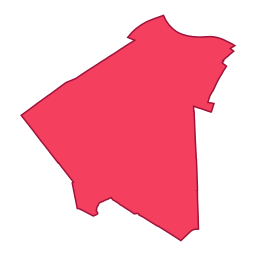 Zoeterwoude, Zuid-Holland, Netherlands
{"feature_id": "6326949B96348311169789", "entity_name": "Zoeterwoude", "entity_type": "district", "adm_level": 2, "iso_a3": "NLD", "parent_name": "Netherlands", "parent_adm1": "Zuid-Holland", "projection": "equal_earth", "projection_center": [4.519, 52.114], "detail": "fine", "context": "isolated", "style": "filled", "palette": "rose", "viewbox_px": 256, "rotation_deg": 0, "n_neighbors": 0, "source": "geoboundaries", "source_scale": "gbopen_adm2", "svg_char_len": 5433}
<svg xmlns="http://www.w3.org/2000/svg" viewBox="0 0 256 256"><path d="M234.8,45.7L234.3,45.4L233.5,44.8L231.3,43.5L230.9,43.3L228.8,42.3L228.1,41.9L226.9,41.4L225.0,40.4L224.2,40.0L222.1,39.1L221.6,38.9L220.6,38.6L219.5,38.2L218.3,37.8L216.7,37.4L216.2,37.3L214.4,37.0L213.5,36.8L212.7,36.8L212.0,36.7L211.0,36.6L210.6,36.6L210.3,36.6L209.5,36.6L208.1,36.7L205.9,36.8L203.6,36.9L202.2,37.0L200.8,37.1L200.5,37.1L197.1,37.0L196.4,36.9L192.9,36.7L190.4,36.3L188.9,36.1L188.4,36.0L187.4,35.8L186.6,35.6L185.9,35.4L183.9,34.8L182.5,34.4L180.7,33.7L179.7,33.3L178.5,32.7L177.8,32.4L176.9,31.8L176.3,31.5L176.1,31.4L175.2,30.7L173.6,29.5L173.1,29.0L171.6,27.6L170.8,26.8L170.1,26.1L168.8,24.6L167.8,23.2L166.8,21.8L166.1,20.7L165.4,19.5L164.8,18.2L164.1,16.8L164.1,16.7L163.6,15.7L163.5,15.4L163.0,15.5L162.9,15.6L155.5,18.2L153.4,19.0L152.3,19.4L151.1,19.9L150.1,20.3L149.2,20.6L147.6,21.4L146.4,21.9L145.8,22.2L144.6,22.9L143.9,23.3L143.0,23.8L142.0,24.5L141.9,24.5L140.8,25.2L139.6,26.0L138.5,26.9L137.9,27.3L136.4,28.4L134.6,29.9L133.8,30.7L132.1,32.3L131.7,32.7L131.1,33.4L130.3,34.3L129.2,35.7L128.5,36.5L127.7,37.4L130.9,38.7L131.0,38.7L134.4,40.1L134.2,40.2L134.5,40.4L131.8,42.1L130.7,42.8L129.3,43.7L128.6,44.0L127.9,44.5L127.6,44.7L127.4,44.9L126.6,45.4L125.6,46.0L124.0,47.1L123.1,47.7L120.8,49.1L120.0,49.6L119.8,49.8L119.1,50.3L118.4,50.7L117.2,51.6L115.7,52.5L114.1,53.6L113.1,54.2L110.7,55.7L109.3,56.6L108.4,57.1L107.9,57.5L106.4,58.5L106.2,58.6L105.8,59.0L105.7,59.1L105.2,59.3L103.3,60.5L101.3,61.7L99.2,63.1L98.1,63.8L97.3,64.4L96.0,65.2L94.1,66.5L92.9,67.2L91.8,67.9L91.2,68.3L89.9,69.1L88.3,70.1L86.8,71.1L82.4,74.0L80.5,75.3L76.2,78.3L72.2,80.0L69.0,81.3L67.2,82.0L65.8,82.7L63.3,84.5L56.7,89.4L53.6,91.7L49.2,94.9L48.5,95.3L42.2,99.9L39.1,102.1L37.4,103.3L26.9,111.2L21.2,115.3L23.2,117.9L25.2,120.4L30.8,127.6L33.5,131.0L34.3,132.1L36.8,135.4L39.7,139.2L40.7,140.6L44.2,144.9L47.2,148.8L48.1,149.8L48.6,150.5L49.5,151.8L53.3,156.7L55.8,159.9L56.6,160.9L58.3,163.1L58.5,162.9L59.0,163.5L59.7,164.3L61.3,166.5L62.6,168.2L63.4,169.1L65.8,172.3L66.0,172.5L66.3,172.9L66.5,173.0L66.6,173.3L67.2,174.1L68.0,175.0L68.5,175.8L69.9,177.5L71.2,179.2L71.9,180.1L73.5,182.2L72.2,182.8L72.2,183.0L77.3,208.6L77.7,208.6L78.4,208.6L78.8,208.6L79.0,208.7L79.8,209.0L80.1,209.2L83.0,210.6L85.9,212.1L86.3,212.3L86.8,212.6L93.3,216.0L97.0,214.4L97.2,214.2L97.3,214.1L97.5,213.9L97.6,213.4L97.7,213.2L97.7,212.9L97.6,212.7L97.1,212.0L96.9,211.6L96.5,211.1L96.4,210.9L96.3,210.7L96.5,210.0L96.6,209.6L96.7,209.4L96.7,209.2L96.7,208.5L96.7,208.3L96.8,207.8L96.8,207.6L96.9,207.4L97.1,207.0L97.3,206.6L97.4,206.3L98.1,205.5L98.3,205.2L98.4,204.8L98.5,204.6L98.7,204.0L98.8,203.5L99.0,203.2L100.6,202.2L101.2,202.0L101.6,201.8L101.9,201.8L102.7,201.5L103.0,201.3L104.9,200.3L105.2,200.2L105.7,200.0L106.5,199.6L107.1,199.5L107.8,199.2L108.2,199.0L108.7,198.8L111.1,197.6L111.5,198.2L112.3,199.1L112.6,199.4L113.0,199.9L113.4,200.2L113.8,200.4L115.1,201.1L115.8,201.6L117.8,202.8L118.6,203.3L118.8,203.4L118.9,203.5L119.1,203.8L119.5,204.1L119.9,204.5L120.5,204.9L120.6,205.0L121.0,205.2L121.6,205.5L121.8,205.6L122.4,206.0L123.9,207.0L126.3,208.6L129.9,210.8L132.1,212.4L134.3,213.9L136.3,213.5L136.6,213.6L137.0,213.4L137.3,213.4L138.5,213.9L139.0,214.2L138.9,214.8L141.4,216.3L141.5,216.3L141.6,216.2L141.8,216.3L143.3,217.2L149.7,221.2L150.3,221.6L154.6,224.3L156.0,225.2L157.4,226.0L157.9,226.0L158.3,226.2L159.3,226.9L160.2,227.4L167.8,232.2L171.9,234.8L180.9,240.6L190.7,231.3L191.0,231.1L191.4,230.7L191.6,230.6L192.1,230.3L192.6,230.0L192.9,229.9L193.4,229.7L193.7,229.6L194.2,229.5L194.6,229.3L195.0,229.3L195.7,229.2L196.0,229.1L196.3,229.1L196.7,229.1L198.5,229.1L198.4,226.6L198.2,218.2L198.1,215.8L197.8,206.8L197.5,199.0L197.4,190.9L197.1,190.7L197.3,190.6L197.4,190.4L197.5,190.3L197.5,189.8L196.8,168.5L196.8,168.3L196.7,166.6L196.7,165.4L196.6,164.1L196.5,162.5L196.5,160.8L196.4,159.4L196.3,158.4L196.3,158.2L196.2,158.1L196.1,156.2L196.1,154.9L196.0,153.1L195.9,152.8L195.9,151.9L195.9,151.2L195.8,150.2L195.8,149.2L195.6,146.5L195.5,143.4L195.3,141.0L195.3,139.3L195.2,138.5L195.2,137.2L195.2,136.9L195.1,136.0L194.9,130.7L194.8,128.6L194.7,126.7L194.7,125.1L194.6,122.8L194.5,119.9L194.4,118.8L194.3,117.1L194.3,116.4L194.2,113.1L194.1,111.8L194.1,111.4L193.9,111.3L193.8,111.2L193.6,111.1L193.8,110.7L193.6,108.1L193.6,106.2L194.2,106.3L194.5,106.4L195.0,106.7L195.2,106.8L195.4,106.9L196.0,107.1L197.5,107.5L198.0,107.8L201.0,108.6L201.7,108.9L202.3,109.1L203.6,109.5L204.4,109.8L205.0,110.0L205.4,110.2L206.0,110.4L206.7,110.7L208.1,111.1L208.6,111.3L209.1,111.4L210.1,111.8L211.0,112.1L211.4,111.8L213.0,106.6L213.7,104.5L214.0,103.5L209.0,102.6L207.9,102.4L208.6,99.9L209.7,96.6L209.8,96.3L209.9,95.9L210.6,94.6L211.1,93.7L212.2,91.9L212.6,91.4L213.1,90.6L213.7,89.3L214.6,87.5L215.1,86.4L215.5,85.4L216.2,84.0L216.6,83.1L217.1,82.1L217.3,81.7L218.0,80.4L218.5,79.6L219.4,77.8L219.6,77.4L219.9,77.0L220.4,76.0L220.9,75.3L221.3,74.6L221.5,74.3L221.7,74.0L222.4,72.7L222.9,72.0L223.2,71.4L223.9,70.2L224.6,69.1L225.0,68.6L225.3,68.1L226.5,66.2L225.6,65.5L225.3,65.3L225.0,65.0L224.7,64.8L223.6,64.0L223.2,63.7L222.2,62.9L222.3,62.6L223.0,61.8L223.1,61.6L223.7,60.9L223.0,60.4L223.8,59.6L225.1,58.5L225.4,58.2L225.9,57.8L226.8,57.1L228.7,55.5L229.0,55.2L229.7,54.4L230.7,53.7L231.8,52.8L233.7,51.2L232.4,50.2L230.3,48.6L230.7,48.3L231.0,48.0L234.8,45.7Z" fill="#f43f5e" stroke="#9f1239" stroke-width="1.5"/></svg>